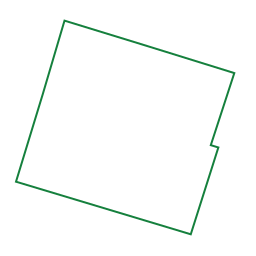 Gladwin, Michigan, United States of America, rotated 287°
{"feature_id": "52423323B35263556044157", "entity_name": "Gladwin", "entity_type": "district", "adm_level": 2, "iso_a3": "USA", "parent_name": "United States of America", "parent_adm1": "Michigan", "projection": "mercator", "projection_center": [-84.354, 43.988], "detail": "fine", "context": "isolated", "style": "outline", "palette": "green", "viewbox_px": 256, "rotation_deg": 287, "n_neighbors": 0, "source": "geoboundaries", "source_scale": "gbopen_adm2", "svg_char_len": 268}
<svg xmlns="http://www.w3.org/2000/svg" viewBox="0 0 256 256"><g transform="rotate(287 128 128)"><path d="M135.3,36.6L43.9,36.6L44.7,219.1L135.8,220.1L135.8,212.2L211.6,213.6L212.0,123.3L212.1,35.9L135.3,36.6Z" fill="none" stroke="#15803d" stroke-width="2"/></g></svg>